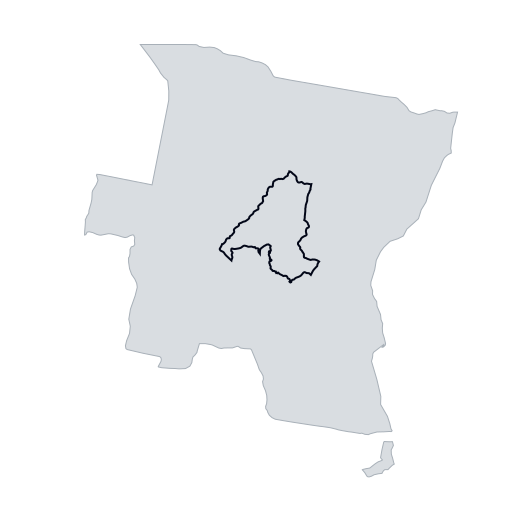 location of Bié within Angola, rotated 190°
{"feature_id": "AGO-1886", "entity_name": "Bié", "entity_type": "Province", "adm_level": 1, "iso_a3": "AGO", "parent_name": "Angola", "parent_adm1": "", "projection": "orthographic", "projection_center": [17.419, -12.443], "detail": "fine", "context": "in_parent", "style": "outline", "palette": "ink", "viewbox_px": 512, "rotation_deg": 190, "n_neighbors": 0, "source": "natural_earth", "source_scale": "10m", "svg_char_len": 9570}
<svg xmlns="http://www.w3.org/2000/svg" viewBox="0 0 512 512"><g transform="rotate(190 256 256)"><path d="M428.5,246.9L429.0,250.7L429.5,256.1L429.9,259.9L430.3,261.6L430.4,262.5L429.9,263.5L429.5,265.8L428.6,267.8L428.1,269.2L428.4,271.9L427.6,279.5L427.5,283.3L428.4,290.2L428.2,292.2L425.7,298.4L425.0,301.6L424.8,303.2L427.1,307.9L426.9,308.8L425.1,309.0L423.5,309.1L370.7,308.0L369.1,387.6L369.0,394.3L370.5,403.3L373.3,413.1L374.5,414.1L377.6,415.9L381.8,419.6L384.1,422.5L388.9,427.4L395.2,433.6L406.7,444.2L367.1,451.2L352.0,453.7L350.6,453.6L348.4,452.5L343.6,452.3L337.8,453.7L333.3,454.0L330.0,453.3L326.7,452.0L323.6,450.0L318.1,449.3L310.2,449.7L302.6,449.3L295.3,448.0L290.1,447.4L287.0,447.7L283.6,447.2L280.0,446.1L277.0,444.3L273.4,440.4L270.6,436.7L269.9,436.1L269.0,435.6L268.1,435.4L252.4,435.2L157.0,435.5L145.9,436.2L145.1,436.1L143.7,435.7L142.7,434.9L139.6,432.8L136.8,431.2L133.1,428.6L130.6,425.7L128.6,424.8L125.0,424.3L122.3,423.8L120.1,423.7L116.3,425.2L113.4,426.6L111.4,428.0L107.9,429.6L104.9,431.2L99.6,431.0L98.5,431.3L95.6,431.2L92.8,430.0L90.0,430.2L86.9,431.9L82.5,432.7L83.2,421.6L84.2,416.7L84.0,410.9L83.0,395.8L82.1,393.7L81.6,391.3L84.3,389.4L85.6,388.0L87.5,385.4L88.7,381.9L90.2,374.1L95.6,356.1L98.0,338.6L101.3,330.2L102.5,320.9L112.1,308.7L114.4,301.3L119.4,297.6L126.6,293.7L131.7,286.7L134.1,281.9L136.8,272.8L136.7,263.3L138.3,250.6L137.9,247.0L135.1,242.0L134.6,238.4L132.0,234.8L129.3,232.2L128.0,227.4L123.2,220.0L121.8,215.0L119.5,211.4L119.1,206.9L117.9,202.2L115.5,197.6L113.2,192.3L113.2,190.7L114.6,188.6L115.9,188.0L115.5,189.0L114.6,190.2L114.8,191.1L123.5,181.6L124.0,179.8L123.7,177.8L123.7,175.3L124.0,172.4L115.5,155.3L108.7,139.4L107.5,131.4L98.7,120.9L95.1,114.1L93.1,109.3L91.6,107.5L92.2,106.6L94.4,106.3L99.4,105.1L106.3,103.7L112.6,100.8L114.3,99.6L117.7,99.3L121.1,99.9L122.4,99.4L123.1,99.3L131.2,99.2L134.5,99.0L140.8,99.0L144.7,99.1L146.9,99.4L153.0,99.8L160.5,99.6L163.2,99.4L173.0,99.1L191.6,98.7L201.3,98.6L208.7,98.6L212.1,99.6L215.2,101.5L216.6,103.2L217.2,104.0L218.1,105.8L219.8,107.3L220.4,109.5L219.9,112.5L220.2,116.2L221.2,120.5L223.2,124.9L226.3,129.6L227.7,133.4L227.3,136.1L228.2,139.1L230.5,142.1L232.2,143.8L233.2,145.0L235.8,149.7L244.2,162.9L245.5,163.6L247.3,163.3L251.2,162.8L255.1,162.7L257.9,163.9L259.0,163.7L263.2,161.4L267.3,160.7L271.7,159.8L274.0,158.9L276.6,158.9L283.7,160.8L285.0,160.9L290.7,160.9L296.5,159.9L297.4,152.3L297.4,150.8L298.8,148.0L300.6,145.5L300.8,143.2L300.7,139.9L302.0,136.0L305.9,132.9L312.1,131.5L315.7,131.2L321.3,130.4L329.7,129.6L332.9,129.8L333.1,130.2L331.3,135.6L331.2,137.4L331.9,139.2L333.3,140.2L350.2,140.6L366.4,141.5L367.3,141.8L368.0,142.2L369.0,144.9L368.7,150.1L367.1,157.8L367.6,165.0L370.3,171.7L370.4,182.0L368.1,195.9L367.5,204.6L368.7,208.3L371.3,212.2L375.3,216.3L378.3,221.5L380.4,227.9L381.2,232.0L380.5,233.6L380.5,236.5L381.2,240.6L380.4,243.3L378.1,244.6L377.4,246.4L378.4,249.9L378.6,253.1L380.1,255.3L381.1,255.4L383.4,254.3L386.1,252.2L388.2,251.4L391.3,251.6L395.5,252.2L403.0,252.6L405.3,252.3L412.3,249.6L414.1,249.4L416.8,249.7L420.7,250.7L424.6,250.9L426.6,250.1L426.8,248.9L427.4,247.4L428.5,246.9ZM114.2,63.9L113.8,64.3L110.6,65.7L107.2,66.9L102.7,71.9L100.4,74.1L99.8,74.6L97.7,75.8L96.2,76.8L96.3,77.4L97.3,78.0L98.3,79.0L98.3,87.1L97.9,94.9L97.4,95.6L94.5,95.9L90.7,96.5L89.5,96.9L89.1,96.2L87.8,93.3L88.5,90.6L89.2,88.5L88.3,84.3L86.4,80.7L84.3,76.0L83.7,75.1L85.4,73.6L87.9,70.2L89.0,68.5L92.0,68.0L93.1,66.8L93.9,64.9L94.2,63.8L97.6,62.8L101.7,61.1L103.9,59.3L106.2,58.1L107.6,58.0L108.6,58.5L111.2,61.5L113.5,63.4L114.2,63.9Z" fill="#d9dde1" stroke="#a8b0b8" stroke-width="1"/><path d="M217.6,235.9L218.0,236.1L218.4,236.4L217.9,236.8L217.7,237.0L217.7,237.6L217.9,237.8L218.2,237.9L218.4,238.0L218.9,238.9L219.2,239.2L219.5,239.3L220.2,239.3L220.6,239.4L220.9,239.7L221.7,241.0L222.1,241.3L222.6,241.6L223.3,241.7L223.9,241.4L224.4,241.5L225.6,241.0L226.6,241.5L229.7,242.4L230.1,242.7L230.7,243.1L231.4,243.5L231.8,243.2L232.0,242.8L232.6,243.0L233.1,242.7L233.4,243.0L233.7,244.0L234.1,243.9L234.5,244.0L234.9,244.3L235.3,244.4L236.9,244.2L237.1,244.3L237.4,244.8L238.9,245.7L239.5,246.2L239.6,246.7L239.6,247.7L239.7,248.2L240.0,248.7L240.7,249.4L241.0,250.4L241.7,251.3L241.8,251.9L241.8,252.9L241.6,253.3L241.2,253.6L241.0,253.4L240.3,253.9L240.0,254.4L240.2,254.9L240.8,255.2L241.3,255.2L241.6,255.2L241.8,255.3L242.0,255.8L241.9,256.4L242.0,256.8L242.1,257.1L242.5,257.6L243.6,259.4L243.7,259.9L243.6,260.1L243.6,260.3L243.6,260.7L243.5,260.9L243.3,261.0L242.9,261.3L242.8,261.5L242.9,262.2L242.8,262.6L243.1,262.4L243.6,262.3L244.0,262.3L244.0,262.8L243.8,263.0L243.1,263.3L242.8,263.4L242.5,264.1L242.6,264.8L243.4,266.5L243.5,266.8L243.5,267.2L243.4,267.6L243.2,268.1L243.2,268.3L243.3,268.4L245.7,269.6L247.0,269.2L247.4,269.1L248.8,267.9L249.5,267.5L252.2,264.6L252.7,263.9L253.0,263.0L252.9,260.9L252.6,258.9L253.4,259.7L253.8,259.9L254.0,260.1L254.1,260.3L254.3,261.0L254.6,261.4L254.7,261.7L254.7,261.8L254.6,262.8L254.6,263.0L254.8,263.3L254.9,263.6L255.2,263.7L255.3,263.8L256.3,263.8L257.1,263.6L257.5,263.5L257.8,263.7L258.0,263.8L258.1,264.0L258.3,264.4L258.4,264.5L258.6,264.6L258.8,264.6L259.1,264.5L259.6,264.3L259.9,264.2L260.2,264.2L260.5,264.3L261.2,264.4L261.7,264.5L262.1,264.5L262.6,264.4L264.8,263.8L265.5,263.8L267.0,264.1L268.4,264.2L269.1,264.2L269.7,264.0L270.3,263.6L272.2,261.6L272.8,261.2L274.3,260.5L277.3,259.4L278.8,259.1L279.5,259.1L280.7,259.2L281.2,259.1L281.5,258.6L281.4,258.0L281.4,257.4L281.3,256.9L281.1,256.5L280.8,256.3L280.3,255.9L279.7,255.2L279.7,254.7L280.0,254.1L280.2,253.3L280.0,252.6L279.2,251.1L279.0,250.3L279.1,249.5L279.4,248.1L279.4,247.3L285.4,251.2L286.8,252.3L288.1,253.7L288.8,254.2L289.5,254.5L291.0,254.9L291.9,255.2L292.5,255.8L292.9,256.4L292.9,257.1L292.3,258.5L292.1,259.3L291.8,260.0L291.6,261.1L291.5,261.8L290.9,261.9L290.4,262.3L290.0,262.7L289.0,264.1L288.7,264.7L288.5,265.4L288.3,266.9L287.9,267.7L287.4,268.3L286.9,268.6L285.9,268.7L285.5,268.8L285.1,269.1L285.1,269.7L285.2,270.3L285.0,271.1L284.4,271.5L283.7,272.0L283.3,272.5L282.6,273.9L282.0,274.8L281.7,275.5L281.7,276.3L282.2,277.5L282.3,277.7L282.3,278.1L282.1,278.8L281.7,279.4L280.5,280.8L280.3,281.0L279.6,281.4L278.6,282.4L278.2,282.9L278.1,283.3L278.1,283.6L278.2,283.9L278.4,284.3L278.2,284.9L277.7,285.3L276.2,286.2L275.2,287.0L274.4,287.6L272.9,288.2L272.2,288.7L269.8,291.1L269.3,292.1L269.4,292.9L269.2,293.5L268.8,294.1L268.4,294.8L266.5,296.8L266.2,297.5L266.1,298.1L265.9,299.0L265.4,299.6L262.6,301.9L262.0,302.2L261.8,302.8L261.9,303.5L262.4,304.9L262.3,305.8L261.3,307.1L260.8,307.9L260.3,308.4L259.6,308.9L259.1,309.4L259.0,309.9L258.5,311.2L258.7,311.9L259.3,313.6L259.5,314.9L259.4,315.6L258.9,316.1L257.6,316.6L257.2,316.8L256.7,317.2L256.2,317.7L255.8,318.4L255.9,319.1L256.2,319.8L256.3,320.5L255.9,321.7L255.8,322.2L255.9,322.7L256.0,323.6L255.7,324.7L255.2,325.8L254.3,326.6L251.9,327.1L251.6,327.7L251.6,328.3L251.8,329.1L251.8,331.7L251.8,332.0L251.6,332.3L251.0,333.1L250.8,333.4L250.6,333.5L250.4,333.6L250.2,333.7L250.0,333.9L249.6,334.4L249.2,334.7L248.8,334.8L248.6,334.9L247.3,335.8L247.0,335.9L246.8,336.0L246.2,335.9L245.8,335.9L244.7,336.4L244.4,336.4L243.5,336.3L243.2,336.4L243.0,336.5L242.5,336.7L242.3,336.8L242.1,337.0L241.3,338.3L240.4,339.3L240.2,339.5L239.0,340.3L238.9,340.4L238.7,340.7L238.7,341.0L238.8,342.1L238.7,342.5L238.6,342.8L238.5,343.1L237.7,344.3L237.7,344.6L237.9,345.1L237.5,345.2L237.0,345.1L236.3,344.9L235.5,344.5L233.8,343.3L232.9,342.9L231.4,342.0L230.1,340.9L229.8,340.3L229.5,338.9L229.3,338.2L228.4,336.8L227.9,336.3L227.6,336.0L227.0,335.8L226.3,335.8L225.5,336.1L225.2,336.3L224.7,336.5L224.1,336.8L223.5,336.7L222.9,336.4L222.0,335.8L221.4,335.6L220.6,335.4L219.7,335.7L218.7,336.1L217.5,336.2L214.8,336.1L214.6,336.2L214.0,336.4L214.1,331.6L213.9,331.2L213.9,330.8L214.0,330.6L214.1,330.2L214.3,329.8L214.4,329.6L214.4,329.3L214.5,328.8L214.6,328.0L214.7,327.7L214.8,327.2L215.2,326.4L215.3,326.2L215.6,323.0L215.6,322.7L215.3,320.2L215.2,319.5L215.2,318.9L215.8,314.9L215.7,313.3L215.6,312.4L215.6,312.1L215.7,311.8L215.7,311.6L215.7,311.4L215.2,308.7L214.9,304.2L214.9,303.6L214.7,302.7L214.6,301.3L214.7,299.7L213.4,299.2L212.1,298.5L211.4,298.0L210.8,297.4L210.4,296.5L209.4,295.2L209.0,294.6L209.0,293.8L209.1,293.4L209.6,292.9L210.5,292.4L210.7,292.2L210.9,291.8L211.1,291.2L211.2,290.4L211.2,289.5L211.1,288.7L210.7,287.8L210.4,286.9L210.0,286.4L209.9,286.1L209.9,285.7L210.0,285.4L210.1,285.1L210.6,284.7L211.4,284.1L211.9,283.9L213.5,282.5L214.0,282.0L214.7,280.8L214.8,280.1L215.1,279.2L215.4,278.7L216.3,277.4L216.7,276.9L216.8,276.7L216.9,275.9L216.8,275.6L216.7,274.9L216.5,274.7L216.3,274.4L215.8,274.0L215.6,273.7L214.1,272.5L214.0,272.2L213.9,272.1L213.9,271.7L213.8,270.9L213.6,270.5L213.3,270.2L211.8,269.2L211.5,268.8L211.3,268.6L211.2,268.3L210.9,268.1L210.3,267.6L209.8,266.9L209.4,266.6L209.3,266.4L209.2,266.2L208.9,264.8L208.9,264.4L208.9,264.2L208.7,263.9L208.5,263.1L208.2,262.9L207.7,262.7L206.2,262.6L205.2,262.2L201.7,261.6L200.1,262.2L199.7,262.4L197.4,262.7L196.5,262.6L195.2,262.4L192.9,261.5L193.6,260.1L194.0,258.6L194.0,256.6L194.7,255.7L196.4,253.1L197.0,252.0L197.5,250.8L198.7,246.9L200.2,247.9L200.7,248.2L201.5,248.2L203.2,248.0L204.2,248.3L204.6,248.4L204.9,248.5L205.4,248.5L206.0,248.2L206.5,247.7L208.1,244.9L208.7,244.2L209.4,243.6L210.4,242.9L212.0,242.0L212.7,241.6L213.4,241.0L214.5,239.5L215.1,239.2L215.8,239.0L216.1,238.8L216.8,237.7L216.9,237.4L216.7,236.8L216.8,236.4L217.6,235.9Z" fill="none" stroke="#020617" stroke-width="2"/></g></svg>